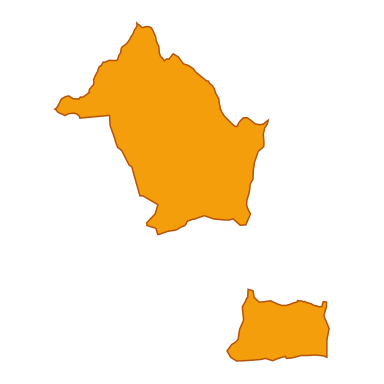 the district of Lavun, Niger, Nigeria
{"feature_id": "59680162B89203090045374", "entity_name": "Lavun", "entity_type": "district", "adm_level": 2, "iso_a3": "NGA", "parent_name": "Nigeria", "parent_adm1": "Niger", "projection": "natural_earth1", "projection_center": [5.651, 9.275], "detail": "fine", "context": "isolated", "style": "filled", "palette": "amber", "viewbox_px": 384, "rotation_deg": 0, "n_neighbors": 0, "source": "geoboundaries", "source_scale": "gbopen_adm2", "svg_char_len": 3252}
<svg xmlns="http://www.w3.org/2000/svg" viewBox="0 0 384 384"><path d="M157.8,234.6L159.6,234.2L163.5,232.8L168.3,231.2L174.0,230.4L176.8,229.7L179.3,228.0L182.4,226.5L184.3,225.9L184.5,225.7L185.0,225.3L185.5,224.8L187.3,221.2L190.6,220.1L192.3,219.2L193.9,219.1L194.7,219.1L196.6,218.3L204.2,215.7L205.0,215.9L213.9,219.0L223.9,219.9L224.6,220.0L229.4,220.0L232.4,219.0L233.1,218.8L240.1,225.2L244.9,225.0L245.9,224.8L250.5,213.7L249.1,211.5L247.9,208.8L246.6,205.1L246.9,200.1L249.0,193.4L249.8,188.5L250.1,184.1L252.9,179.5L253.3,170.5L254.5,162.2L258.2,151.5L263.8,146.5L263.9,141.6L263.3,134.0L264.7,128.1L267.1,124.4L268.2,120.2L265.3,122.3L263.2,124.3L262.4,124.2L259.9,124.7L255.4,124.0L252.7,121.8L248.1,118.3L246.8,117.7L243.3,117.8L240.2,121.0L238.5,123.3L237.2,126.4L235.1,126.3L232.3,124.1L224.5,116.3L221.9,112.4L221.0,109.8L220.2,109.4L220.0,108.6L220.3,107.9L219.2,103.2L218.9,99.0L215.8,93.5L214.2,88.7L212.5,85.7L209.2,83.1L208.7,81.6L208.4,81.2L207.4,81.0L206.6,80.9L201.5,76.8L195.6,71.9L193.3,68.7L188.1,65.3L183.5,63.9L178.1,56.7L173.1,53.8L170.4,57.3L168.9,59.1L167.4,58.9L166.3,59.1L165.4,59.9L164.3,60.8L163.2,59.0L160.4,56.2L159.3,52.8L159.1,50.5L159.0,47.9L158.7,45.9L157.7,44.4L156.9,42.2L156.6,41.9L156.4,41.7L156.4,41.3L156.2,40.9L156.0,39.3L155.5,36.3L154.1,33.5L153.3,31.2L151.6,28.3L150.6,27.3L147.5,26.5L144.6,26.9L143.1,27.5L141.6,27.3L140.4,26.0L139.0,24.9L138.0,24.4L136.9,23.0L136.8,23.8L137.2,25.2L136.8,26.4L135.7,28.3L134.8,29.3L134.3,30.4L133.1,33.5L131.8,35.8L130.8,37.0L130.1,38.7L129.3,40.0L128.5,41.1L127.3,42.8L126.3,43.9L125.5,44.6L123.2,46.0L121.6,47.5L120.9,50.0L120.8,52.6L118.8,55.4L117.9,58.9L116.6,60.6L109.2,60.3L106.3,61.6L104.9,62.3L103.3,62.0L102.0,64.1L101.5,65.4L99.3,66.6L98.2,69.2L97.4,71.9L95.6,74.9L94.3,78.0L93.5,79.8L93.9,82.9L93.3,85.1L91.7,86.6L89.9,88.8L89.0,90.9L89.5,92.3L88.7,92.8L85.9,95.1L82.4,97.3L80.4,97.0L78.9,99.0L73.1,98.7L68.8,95.9L65.5,96.6L61.3,99.0L59.1,103.7L57.0,107.5L54.9,109.3L56.4,109.9L57.4,111.8L59.8,113.3L62.4,114.2L64.9,115.6L66.4,114.8L68.7,113.7L71.1,113.4L74.2,113.3L76.6,113.8L79.4,116.2L79.9,118.1L109.5,115.4L110.1,125.5L115.3,140.1L115.2,140.9L117.6,147.3L121.7,150.5L129.1,165.1L131.7,166.6L139.9,195.8L142.8,195.8L157.9,204.7L155.2,213.8L146.8,222.7L146.9,225.5L155.9,228.3L157.8,234.6ZM326.9,357.3L326.9,340.1L329.1,328.5L323.8,315.6L326.5,306.7L326.6,302.2L324.4,301.7L323.7,301.7L323.1,301.7L322.0,306.5L320.7,306.6L318.9,306.8L318.3,306.8L317.7,306.2L316.0,305.8L314.8,305.6L313.4,305.0L312.8,304.9L311.9,304.4L311.7,304.0L309.6,303.3L307.4,302.8L306.4,302.5L305.4,301.7L304.7,301.5L303.4,301.7L303.0,301.7L302.1,301.2L301.4,301.0L299.3,300.8L298.4,300.8L297.5,300.7L297.1,301.9L295.5,302.4L293.5,302.9L291.0,304.0L286.4,305.4L281.6,305.4L276.9,303.8L270.6,300.8L259.4,302.3L254.1,297.4L253.1,290.8L248.1,289.4L247.9,293.1L247.8,294.8L247.9,296.8L246.4,298.8L245.7,300.9L243.6,304.6L242.3,306.9L243.6,320.2L240.9,326.4L239.6,329.4L238.1,339.3L235.3,342.4L231.8,344.4L227.0,350.9L230.8,357.4L236.5,361.0L244.3,360.7L254.7,360.0L255.4,359.9L261.3,359.4L265.3,358.4L272.7,360.7L276.9,358.9L285.3,356.3L286.4,358.4L292.2,357.9L301.2,355.5L308.1,355.5L315.2,355.0L323.4,355.8L326.9,357.3Z" fill="#f59e0b" stroke="#b45309" stroke-width="1.5"/></svg>